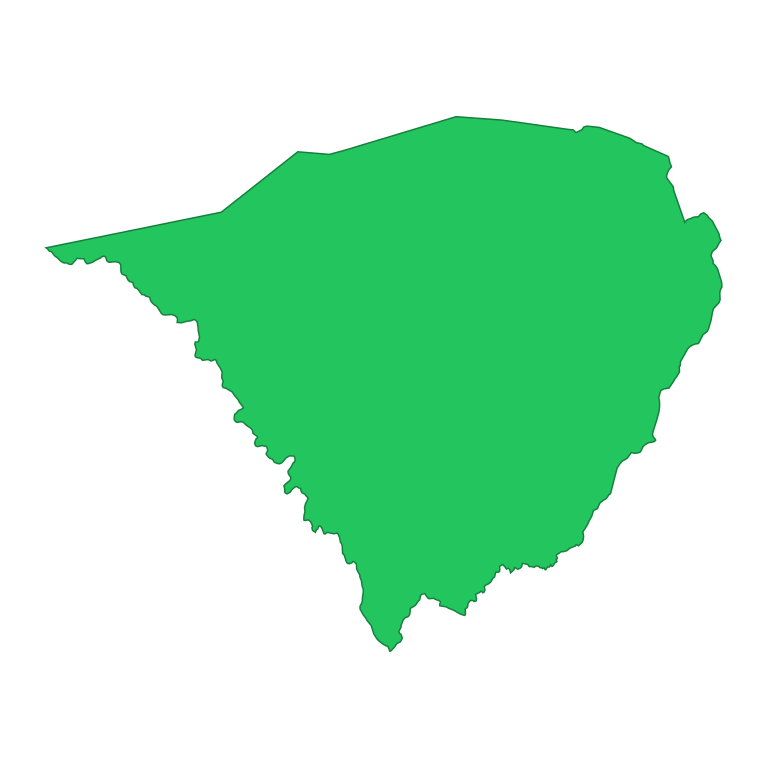 Samlout, Batdâmbâng, Cambodia
{"feature_id": "14789045B92123585900172", "entity_name": "Samlout", "entity_type": "district", "adm_level": 2, "iso_a3": "KHM", "parent_name": "Cambodia", "parent_adm1": "Batdâmbâng", "projection": "natural_earth1", "projection_center": [102.824, 12.565], "detail": "fine", "context": "isolated", "style": "filled", "palette": "green", "viewbox_px": 768, "rotation_deg": 0, "n_neighbors": 0, "source": "geoboundaries", "source_scale": "gbopen_adm2", "svg_char_len": 6111}
<svg xmlns="http://www.w3.org/2000/svg" viewBox="0 0 768 768"><path d="M297.8,151.8L221.3,212.2L46.1,247.8L47.7,249.0L48.9,250.8L51.6,251.9L54.7,255.9L57.6,258.0L60.3,260.8L62.5,262.3L64.1,263.0L67.0,262.9L68.2,263.8L70.2,264.4L71.8,264.3L77.3,258.2L79.5,258.7L83.8,258.7L85.6,262.3L86.9,263.7L88.4,263.6L92.1,262.4L96.5,259.8L100.4,258.0L102.5,256.4L103.8,256.2L104.8,256.5L105.7,257.2L106.8,260.7L108.2,261.9L109.5,262.3L114.9,261.7L118.8,262.4L120.8,264.8L120.9,271.1L121.2,272.5L122.1,274.1L126.1,275.8L127.8,279.8L129.0,280.8L129.4,281.5L132.7,282.4L133.7,285.6L134.6,287.3L135.0,287.8L136.9,288.4L138.2,289.6L141.9,294.6L144.5,294.8L145.5,296.0L149.5,297.1L150.2,298.3L150.1,299.1L150.6,300.6L151.8,302.4L154.1,304.7L155.6,305.4L157.2,306.8L161.2,313.1L162.8,314.6L165.4,315.0L171.4,314.5L174.5,315.4L176.4,316.9L177.2,318.1L177.5,319.4L177.2,322.4L177.9,322.1L178.8,322.7L181.8,322.7L187.7,321.1L190.0,321.0L193.9,319.6L195.4,320.0L197.1,321.6L198.1,327.6L198.2,330.4L199.5,337.0L198.7,340.9L197.7,342.1L195.2,342.1L194.9,343.6L194.9,344.5L196.3,349.3L196.4,350.2L195.3,353.9L195.1,355.8L195.4,356.8L197.1,357.7L199.4,358.0L201.0,358.7L202.6,360.3L208.2,359.5L210.9,361.0L212.9,360.4L215.0,359.4L216.1,360.4L217.0,363.0L220.8,369.0L222.3,372.4L221.8,375.1L221.8,378.0L223.2,381.3L222.3,384.5L222.4,386.5L223.4,387.6L226.2,388.4L232.1,391.9L234.5,395.4L238.1,399.7L239.5,402.4L243.3,407.4L242.9,408.5L238.4,410.5L236.3,413.1L234.6,414.4L234.1,418.5L234.3,419.8L235.3,421.3L236.6,422.2L237.4,422.4L240.2,421.8L242.9,422.0L246.8,425.6L250.5,428.0L251.8,429.3L252.5,430.4L253.0,433.4L257.2,436.4L257.6,437.7L256.0,439.0L254.9,441.9L254.7,443.5L255.6,445.8L257.3,446.6L262.1,445.6L266.3,446.5L267.0,447.5L267.6,450.2L267.4,451.4L266.3,453.1L266.2,454.2L268.3,457.0L270.0,458.4L272.4,459.1L274.3,462.2L277.0,463.4L279.4,463.8L281.3,463.1L283.2,461.5L285.9,458.0L289.3,455.9L293.5,456.0L294.2,456.4L295.0,458.7L295.0,461.2L292.9,463.3L291.2,466.9L288.1,471.0L288.1,473.0L289.0,474.9L290.3,476.6L290.9,478.9L289.5,480.8L285.5,484.0L283.9,485.9L284.7,488.5L284.6,491.9L285.4,493.0L287.0,493.9L290.0,492.3L292.2,489.3L295.0,487.0L296.2,486.6L297.0,486.7L298.9,488.0L300.6,488.4L300.9,490.5L301.6,492.1L302.4,493.0L305.0,494.2L305.6,495.4L307.9,497.7L307.9,498.9L305.5,503.8L304.5,507.8L305.0,511.2L304.0,515.8L303.8,518.9L304.1,520.4L304.7,520.5L308.4,519.9L310.7,521.8L312.4,525.7L312.5,526.8L311.9,527.7L312.5,530.3L313.2,530.9L315.4,532.3L316.5,529.7L317.8,528.8L318.6,526.2L319.9,526.0L321.6,527.5L324.1,533.9L325.5,533.8L326.8,532.6L328.0,532.5L333.8,533.8L337.1,533.1L338.0,534.0L339.5,537.3L340.4,541.9L341.8,544.3L342.2,545.9L342.6,553.5L344.2,555.1L346.3,561.6L347.2,563.1L349.1,563.8L351.8,562.9L352.7,561.7L353.4,561.4L356.0,563.5L356.5,564.8L356.6,568.8L357.8,571.6L359.8,574.8L359.9,576.9L361.4,580.7L362.2,586.3L363.1,588.9L363.3,590.7L363.2,592.9L362.5,597.0L362.3,601.2L361.4,603.8L360.3,605.6L360.0,606.9L360.1,609.2L363.5,615.2L365.9,618.1L367.1,620.6L371.2,625.5L373.8,634.0L376.9,638.8L379.1,641.1L383.2,644.3L388.1,646.7L389.9,651.3L390.6,651.1L394.1,647.5L396.3,644.4L397.5,643.2L400.3,641.9L402.0,638.8L402.2,637.7L401.0,634.3L400.4,634.1L398.9,632.2L399.0,631.2L401.1,627.0L401.1,625.3L403.3,619.6L405.3,617.7L408.0,616.7L409.1,615.6L409.9,613.7L410.4,608.3L414.8,605.8L415.8,604.8L418.0,601.5L419.7,599.8L420.6,595.4L422.0,594.2L424.7,593.6L427.7,597.8L429.1,598.7L433.8,598.3L435.2,599.3L439.1,600.7L440.4,601.6L440.3,602.8L439.8,603.8L439.8,605.8L446.4,606.9L448.5,608.2L453.4,610.1L460.5,614.1L464.3,615.4L465.2,615.0L465.5,614.0L465.2,608.9L467.3,607.5L467.9,605.2L467.7,604.2L468.6,602.6L470.3,600.6L471.7,600.4L473.7,600.8L474.1,601.5L475.4,601.3L476.2,600.7L476.4,599.8L476.5,598.0L475.6,594.9L475.9,594.2L479.6,592.5L481.0,591.2L481.8,591.5L482.6,592.7L483.4,592.6L484.3,591.8L484.9,590.3L484.4,586.7L485.3,585.3L487.9,584.2L490.7,582.1L492.9,578.2L494.5,577.2L495.5,573.0L496.1,572.1L498.7,572.1L499.5,571.4L499.8,569.5L499.6,566.9L500.2,565.9L502.7,564.6L504.8,566.6L506.4,569.1L508.2,568.2L509.7,569.5L510.6,572.9L513.9,569.8L514.6,567.5L517.9,569.2L520.1,568.3L521.7,566.6L522.2,563.8L523.0,563.4L528.0,564.6L529.0,566.4L529.6,566.7L531.2,566.5L534.3,567.3L535.5,566.2L536.6,565.9L538.8,566.5L540.2,567.8L542.0,567.8L542.4,568.5L544.4,568.0L545.1,569.7L545.8,569.6L547.5,566.9L549.0,567.1L549.8,566.6L550.4,564.7L551.9,566.4L552.6,566.1L553.7,564.9L554.8,562.9L556.9,561.7L556.2,559.3L557.3,558.6L557.4,557.9L556.2,555.7L556.8,554.7L561.1,551.7L563.2,551.7L566.9,550.7L570.0,548.1L575.1,546.1L576.3,544.6L578.5,545.8L582.0,542.6L583.0,540.4L583.5,537.6L583.6,536.1L582.9,532.2L583.2,531.4L587.5,524.7L589.3,520.5L591.9,515.9L593.2,511.3L593.9,510.3L597.5,508.6L599.2,504.3L600.3,502.6L603.7,500.0L606.2,498.7L608.9,494.8L610.5,493.6L617.1,468.1L619.5,464.4L621.5,461.9L623.0,460.6L625.5,459.4L627.5,457.9L631.4,452.5L634.7,453.3L638.4,452.8L640.1,452.1L641.2,450.7L642.8,446.9L644.6,445.1L648.2,442.8L652.5,442.1L654.3,441.5L655.6,440.4L655.4,439.4L653.3,437.0L652.4,434.5L653.5,430.2L656.5,420.8L658.8,412.5L659.6,406.5L659.5,401.1L658.8,397.6L660.5,391.1L661.6,390.1L664.0,388.9L668.9,388.1L673.3,381.8L675.1,378.6L676.7,376.7L679.5,371.9L679.3,367.0L679.5,366.2L680.2,365.7L680.5,361.6L687.5,349.2L688.9,347.4L692.3,345.1L695.3,344.0L698.2,343.6L698.9,342.8L703.0,334.7L707.3,331.4L708.5,328.7L710.9,320.9L712.7,311.2L713.7,308.3L718.8,302.9L719.3,302.1L720.1,299.4L719.8,293.5L720.2,290.4L721.9,287.0L721.7,282.6L717.8,269.6L715.9,266.2L713.1,263.4L713.1,260.7L711.0,255.9L712.2,251.7L716.7,247.8L719.2,242.9L721.0,240.4L720.0,238.3L718.9,233.6L712.3,221.0L709.0,218.0L707.2,215.3L703.7,212.7L700.4,214.2L698.6,216.5L697.4,217.0L696.0,216.8L693.0,217.4L690.3,218.7L688.1,219.3L686.4,220.4L684.8,222.4L673.7,190.3L673.3,186.8L667.0,178.3L666.5,176.5L667.3,173.1L668.9,169.8L671.5,166.8L669.8,162.4L668.6,157.0L667.9,156.3L643.7,145.6L642.0,143.9L636.6,142.7L630.1,138.4L599.2,127.4L586.9,126.1L583.8,127.0L581.9,129.7L576.0,132.6L573.2,129.8L568.9,129.5L502.1,120.1L456.0,116.7L345.2,150.1L329.4,154.4L297.8,151.8Z" fill="#22c55e" stroke="#15803d" stroke-width="1.5"/></svg>